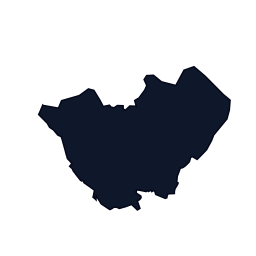 the district of Gharb Bara, North Kordufan, Sudan, rotated 23°
{"feature_id": "16777658B80207598805247", "entity_name": "Gharb Bara", "entity_type": "district", "adm_level": 2, "iso_a3": "SDN", "parent_name": "Sudan", "parent_adm1": "North Kordufan", "projection": "albers", "projection_center": [29.57, 13.951], "detail": "fine", "context": "isolated", "style": "filled", "palette": "ink", "viewbox_px": 256, "rotation_deg": 23, "n_neighbors": 0, "source": "geoboundaries", "source_scale": "gbopen_adm2", "svg_char_len": 2006}
<svg xmlns="http://www.w3.org/2000/svg" viewBox="0 0 256 256"><g transform="rotate(23 128 128)"><path d="M122.9,205.1L122.8,205.3L124.0,205.7L124.5,205.8L125.6,206.2L126.6,206.6L126.5,206.4L125.2,202.8L125.2,202.7L126.5,203.7L133.0,208.3L143.1,210.2L144.2,209.1L146.1,206.3L148.3,205.4L151.5,205.4L154.8,202.7L156.5,201.4L160.3,197.8L160.9,196.9L167.7,199.4L168.6,199.8L170.4,197.4L165.1,191.5L166.7,189.4L167.3,187.1L166.4,185.6L161.0,184.7L160.0,182.0L160.0,181.9L161.9,181.0L169.6,179.4L170.3,177.9L171.5,178.5L173.8,176.2L174.8,177.2L175.6,175.9L177.3,175.7L179.5,178.3L189.8,178.2L191.0,177.1L190.5,174.9L190.5,174.7L190.7,172.9L196.3,170.2L195.6,168.7L195.0,165.7L195.7,160.8L195.6,159.0L194.0,158.7L192.2,153.1L191.9,145.7L191.5,144.7L193.6,143.4L195.2,141.1L196.8,137.6L197.7,135.0L197.1,130.5L198.6,129.2L203.9,129.9L206.0,124.7L208.8,117.4L209.8,107.1L209.6,101.0L215.5,81.1L214.3,72.2L214.1,71.5L211.1,62.5L202.2,59.8L193.0,56.0L178.5,50.1L164.8,45.8L157.0,52.9L155.4,70.2L140.7,72.4L130.8,69.5L124.7,72.5L123.9,77.1L128.7,81.5L128.6,86.6L126.4,96.0L123.4,100.1L127.1,104.7L121.1,107.0L119.7,110.2L118.5,112.8L116.1,112.2L114.8,109.4L109.4,111.5L107.3,114.8L104.4,115.4L102.0,114.3L96.8,117.9L91.4,113.5L81.9,106.7L76.3,107.5L70.5,117.2L56.2,128.8L56.2,136.9L41.0,140.4L40.6,140.2L40.6,140.4L40.6,144.1L40.6,147.2L40.5,150.5L50.0,154.4L50.3,154.5L50.6,154.6L51.6,155.0L55.6,158.0L59.3,158.7L60.0,158.8L64.7,161.2L66.0,161.9L70.0,162.1L72.6,165.2L76.0,169.5L77.1,170.9L77.4,171.2L78.8,173.0L80.0,174.6L81.9,177.0L82.7,177.9L83.4,178.8L84.1,179.7L84.4,179.9L85.1,180.2L85.9,180.6L86.6,180.8L87.2,181.1L87.9,181.5L89.5,182.2L89.6,182.3L90.3,182.7L89.9,183.9L89.6,184.9L89.2,186.0L90.0,186.3L90.9,186.6L91.0,186.7L92.3,187.1L93.1,187.6L93.9,188.3L94.0,188.7L94.5,189.0L97.1,190.4L97.6,190.8L100.7,192.5L102.2,193.3L104.5,194.6L106.0,194.9L107.1,194.3L108.2,194.3L108.3,194.3L108.7,195.5L113.7,196.6L121.4,198.3L122.9,205.0L122.9,205.1Z" fill="#0f172a" stroke="#020617" stroke-width="1.5"/></g></svg>